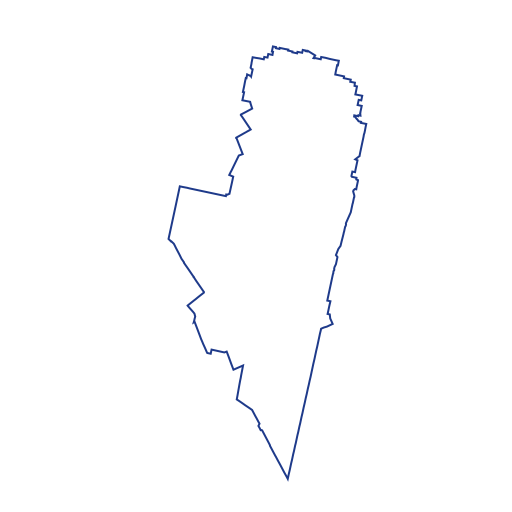 Lake Grace, Western Australia, Australia (Albers equal-area conic projection), rotated 102°
{"feature_id": "25037944B30102722037957", "entity_name": "Lake Grace", "entity_type": "district", "adm_level": 2, "iso_a3": "AUS", "parent_name": "Australia", "parent_adm1": "Western Australia", "projection": "albers", "projection_center": [119.193, -33.129], "detail": "fine", "context": "isolated", "style": "outline", "palette": "blue", "viewbox_px": 512, "rotation_deg": 102, "n_neighbors": 0, "source": "geoboundaries", "source_scale": "gbopen_adm2", "svg_char_len": 5527}
<svg xmlns="http://www.w3.org/2000/svg" viewBox="0 0 512 512"><g transform="rotate(102 256 256)"><path d="M62.2,297.1L62.3,300.6L68.0,300.5L69.0,300.4L73.0,300.4L73.2,300.0L73.7,299.5L74.0,298.9L74.1,298.1L81.5,298.1L80.9,298.7L80.9,299.7L80.6,300.3L80.5,301.3L80.2,302.4L84.1,302.3L84.1,303.0L88.0,303.0L92.3,302.9L98.3,302.9L98.3,301.7L102.2,301.7L106.5,301.7L106.4,293.8L107.2,293.4L107.2,293.5L112.6,290.4L117.0,295.6L120.8,300.2L121.2,300.2L123.5,297.7L126.7,294.4L133.4,287.5L134.0,288.2L144.4,300.0L144.8,299.9L145.0,299.4L155.9,292.3L159.1,290.2L160.3,292.1L161.3,293.7L164.1,294.4L168.5,295.5L177.8,297.8L178.7,298.1L182.3,299.0L183.1,294.8L183.5,294.8L187.3,294.8L189.3,294.8L200.7,294.9L200.8,295.1L201.5,296.2L201.9,296.5L202.0,296.7L202.0,297.9L203.7,297.9L203.7,301.3L203.7,302.2L203.7,303.6L203.7,316.3L203.7,323.0L203.7,335.0L203.6,337.6L203.7,341.6L203.7,345.0L224.8,345.0L257.5,345.1L259.5,342.0L259.3,341.8L261.1,338.9L261.9,338.3L262.4,337.8L263.6,336.9L265.1,335.7L268.1,333.2L270.5,331.2L272.4,329.7L274.2,328.3L276.9,325.4L277.2,325.1L277.4,325.1L277.6,325.1L279.5,323.1L282.0,320.4L283.9,318.4L288.3,313.8L289.5,312.4L289.7,312.5L289.9,312.2L291.0,311.1L292.7,309.4L295.5,306.4L297.5,304.3L300.8,300.8L302.1,299.4L302.7,299.4L305.9,302.1L308.7,304.4L311.1,306.3L312.0,307.1L315.3,309.8L318.1,312.1L318.7,312.6L318.9,312.4L319.1,312.2L321.2,309.4L323.7,306.0L325.0,304.4L325.2,304.2L325.8,303.9L326.4,303.6L327.1,303.3L327.7,302.9L328.1,302.9L329.9,303.0L332.3,303.0L333.8,303.1L333.1,302.4L337.9,299.3L341.8,296.8L345.7,294.3L348.7,292.4L350.1,291.4L350.8,290.9L353.0,289.4L356.5,286.8L360.3,284.1L361.0,283.5L361.0,283.2L361.0,280.0L356.8,280.0L356.9,268.1L356.9,266.9L355.6,264.8L360.4,261.7L362.8,260.2L365.2,258.7L366.8,257.7L371.6,254.6L371.9,254.4L365.8,245.9L376.3,245.7L378.3,245.6L381.2,245.6L385.0,245.5L387.8,245.4L390.7,245.3L393.6,245.2L396.4,245.1L400.3,245.0L401.3,242.4L402.0,240.7L403.1,238.1L404.2,235.6L405.6,232.1L406.3,230.4L407.4,227.8L409.8,225.8L411.6,224.3L412.8,223.3L414.6,221.7L416.4,220.2L417.6,219.2L419.3,217.7L421.7,218.3L423.5,216.7L425.4,215.2L425.1,214.3L425.3,213.7L427.1,212.2L428.9,210.7L431.9,208.2L433.1,207.2L435.5,205.2L436.7,204.2L438.2,203.0L438.4,203.0L438.7,202.9L447.4,195.6L448.0,195.0L449.2,194.0L451.6,192.0L455.2,188.9L457.0,187.4L459.4,185.4L461.8,183.4L464.2,181.3L464.4,181.1L465.8,179.9L467.4,178.6L462.4,178.6L458.5,178.5L454.6,178.5L451.7,178.5L447.8,178.4L444.9,178.4L441.9,178.4L439.0,178.3L436.1,178.3L433.2,178.3L431.2,178.2L428.3,178.2L425.4,178.2L422.5,178.2L419.6,178.1L416.6,178.1L413.7,178.1L410.8,178.0L406.9,178.0L404.0,178.0L400.1,177.9L398.1,177.9L394.3,177.9L389.4,177.8L384.5,177.8L380.6,177.7L377.7,177.7L374.8,177.7L370.9,177.6L369.0,177.6L367.0,177.6L363.1,177.5L361.2,177.5L354.4,177.5L349.5,177.5L344.7,177.4L339.8,177.4L335.9,177.4L332.1,177.3L328.2,177.3L325.3,177.3L322.3,177.3L320.4,177.3L318.5,177.3L315.6,177.2L313.6,177.2L311.8,174.7L310.9,173.0L310.3,171.9L306.5,166.9L302.9,169.5L301.7,170.4L297.8,171.7L297.8,173.9L293.9,173.9L288.9,173.9L284.8,173.8L284.8,177.0L280.3,177.0L271.4,177.0L270.5,177.0L270.4,177.0L267.8,177.0L265.3,177.0L265.1,177.0L264.9,177.0L263.2,177.0L260.4,177.0L257.7,177.0L256.9,176.8L255.7,177.0L254.5,177.0L253.9,176.6L253.1,176.6L252.7,176.7L252.4,176.9L250.5,176.9L249.8,176.7L249.0,176.5L247.4,176.1L246.6,176.1L243.7,176.1L240.1,176.1L238.5,178.0L236.2,177.6L233.6,177.2L231.9,176.9L228.7,175.5L228.5,175.4L227.6,175.4L223.9,175.3L219.3,175.1L216.5,175.0L214.7,175.0L213.7,174.9L210.5,174.9L209.0,174.9L208.8,174.8L207.7,174.5L206.3,174.5L205.7,174.8L205.3,174.8L204.9,174.8L199.2,173.6L198.3,173.4L193.6,172.4L190.7,172.4L187.4,172.4L185.0,172.4L184.9,172.4L184.3,172.3L182.6,172.3L178.2,172.3L177.9,172.1L176.9,172.3L176.2,172.5L174.9,173.2L173.6,173.9L172.6,174.4L171.5,174.3L169.9,173.2L169.9,171.8L167.9,171.9L165.3,171.9L163.5,171.9L161.8,171.9L161.0,171.9L160.8,172.0L160.5,172.1L160.4,172.4L160.4,173.3L160.4,173.6L160.3,173.8L160.0,173.9L159.8,174.0L158.6,174.0L158.6,178.7L158.0,179.3L154.4,179.3L153.4,179.3L153.4,176.5L151.4,176.6L149.8,176.6L146.4,176.6L141.3,176.6L140.8,179.0L140.1,178.4L137.5,176.2L136.8,175.5L133.4,175.6L132.4,175.6L130.4,175.6L128.5,175.6L124.3,175.6L121.1,175.6L119.9,175.6L118.6,175.6L118.3,175.6L117.7,175.6L117.0,175.6L114.7,175.7L113.9,175.6L113.1,175.5L110.8,175.5L107.5,175.6L103.9,175.6L104.0,181.1L102.9,181.1L102.9,183.6L102.2,184.5L101.8,184.9L101.7,184.9L101.6,185.1L101.1,185.6L101.1,185.9L99.4,187.9L99.2,188.1L99.2,188.3L99.1,188.5L99.2,188.8L99.2,189.0L98.0,189.1L98.0,185.1L97.0,185.1L97.0,183.7L97.0,183.0L94.8,183.7L94.6,183.7L94.6,183.8L89.7,183.8L87.2,183.8L87.2,188.0L86.4,188.0L81.9,188.0L81.9,185.4L77.2,185.4L77.3,192.4L77.1,192.4L74.4,192.4L69.1,192.5L69.1,195.0L65.9,195.3L66.0,200.0L63.8,200.0L63.8,204.3L63.8,207.1L62.0,207.2L62.0,208.7L62.0,212.4L62.0,216.2L59.4,216.3L55.7,216.3L52.5,216.3L52.5,215.5L47.8,215.6L47.9,218.5L47.9,224.9L47.7,229.2L47.8,233.6L50.1,233.6L50.1,236.7L50.1,239.3L50.5,240.0L50.5,240.9L47.5,239.8L46.2,243.4L44.6,247.9L45.2,248.1L45.3,250.0L44.7,250.0L44.7,252.5L44.7,253.1L47.6,253.1L47.7,257.9L49.2,257.9L49.2,262.8L48.4,262.9L48.4,267.2L48.4,267.3L47.4,267.3L47.4,268.6L47.5,268.6L47.5,268.8L47.5,269.0L47.5,272.5L47.5,276.1L48.1,276.1L48.6,276.1L48.6,279.1L48.6,279.8L47.5,279.9L47.5,283.0L50.6,283.0L52.7,283.0L52.7,282.4L52.7,281.8L55.9,281.7L55.9,286.0L58.0,286.0L59.5,286.0L59.6,289.2L59.6,289.3L62.0,289.3L62.0,293.5L62.2,297.1Z" fill="none" stroke="#1e3a8a" stroke-width="2"/></g></svg>